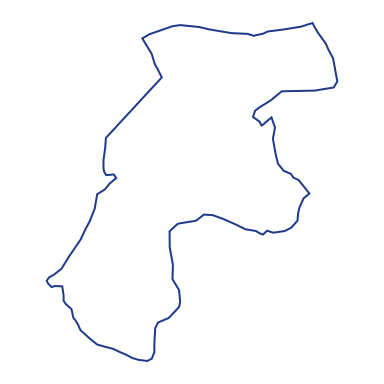 outline of Ado, Benue, Nigeria
{"feature_id": "59680162B34366982763718", "entity_name": "Ado", "entity_type": "district", "adm_level": 2, "iso_a3": "NGA", "parent_name": "Nigeria", "parent_adm1": "Benue", "projection": "orthographic", "projection_center": [7.998, 6.763], "detail": "fine", "context": "isolated", "style": "outline", "palette": "blue", "viewbox_px": 384, "rotation_deg": 0, "n_neighbors": 0, "source": "geoboundaries", "source_scale": "gbopen_adm2", "svg_char_len": 1652}
<svg xmlns="http://www.w3.org/2000/svg" viewBox="0 0 384 384"><path d="M51.7,287.1L54.8,286.0L62.3,286.4L63.6,295.7L63.6,300.8L66.0,304.3L71.5,309.1L72.4,313.4L73.1,316.8L73.9,318.7L75.1,319.8L75.9,321.0L78.0,324.6L80.4,330.1L88.8,337.7L90.3,339.0L97.1,344.5L104.7,346.7L113.3,348.9L118.6,351.5L125.4,354.4L132.6,358.1L138.3,359.8L147.3,361.0L151.8,358.6L154.4,352.0L154.3,344.4L155.2,328.1L158.1,322.5L168.7,318.0L179.1,307.0L180.1,301.9L179.1,290.2L172.5,279.2L172.9,264.7L169.7,247.2L169.6,231.3L170.6,230.4L177.1,224.3L179.3,223.4L195.9,220.8L203.9,214.6L212.9,215.2L223.6,219.1L235.8,224.5L245.5,229.3L248.7,229.8L253.0,230.5L255.8,231.0L260.6,233.8L263.0,234.5L267.1,230.7L273.2,232.7L284.8,231.0L291.3,227.6L297.5,220.7L298.1,213.5L299.5,207.3L301.0,204.1L303.6,198.3L309.4,193.5L304.1,186.9L298.6,180.0L293.6,177.8L290.9,173.9L283.7,170.8L278.1,163.9L275.8,155.0L272.9,138.7L275.0,127.6L271.5,117.4L265.5,122.4L263.3,124.5L261.5,125.5L259.6,121.7L253.0,117.0L255.1,110.7L259.7,107.2L270.7,100.4L281.7,91.3L314.6,90.6L333.7,87.5L337.3,81.5L333.1,58.4L328.4,49.6L325.9,43.8L317.4,31.9L314.2,26.4L312.6,23.0L301.2,26.6L283.5,29.5L267.8,31.5L263.0,33.7L255.1,35.4L254.1,35.9L247.7,33.9L231.4,33.1L229.0,32.7L224.7,32.0L209.3,29.4L199.2,27.0L180.2,25.1L172.5,26.2L149.5,34.2L142.3,38.4L151.7,53.9L154.8,64.1L157.3,68.5L161.8,77.4L105.9,137.9L105.5,143.4L105.2,147.7L103.5,160.2L103.5,168.5L104.3,172.1L106.1,175.1L113.8,174.5L116.2,178.1L109.7,183.5L104.9,189.4L97.2,194.2L94.7,208.7L89.9,220.9L85.5,229.1L80.5,239.7L68.9,256.7L61.6,268.6L54.6,274.2L48.9,277.5L46.7,280.9L48.2,283.6L51.7,287.1Z" fill="none" stroke="#1e3a8a" stroke-width="2"/></svg>